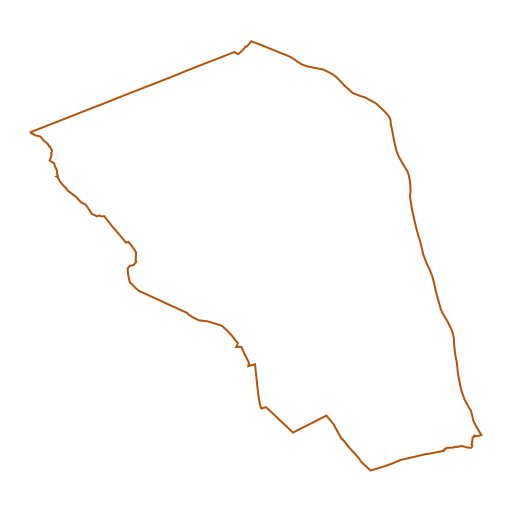 Dignājas pag., Jekabpils, Latvia
{"feature_id": "27541924B5216902390969", "entity_name": "Dignājas pag.", "entity_type": "district", "adm_level": 2, "iso_a3": "LVA", "parent_name": "Latvia", "parent_adm1": "Jekabpils", "projection": "equal_earth", "projection_center": [26.111, 56.337], "detail": "fine", "context": "isolated", "style": "outline", "palette": "amber", "viewbox_px": 512, "rotation_deg": 0, "n_neighbors": 0, "source": "geoboundaries", "source_scale": "gbopen_adm2", "svg_char_len": 5641}
<svg xmlns="http://www.w3.org/2000/svg" viewBox="0 0 512 512"><path d="M370.7,470.6L370.9,470.5L378.5,468.1L386.3,465.7L390.2,464.2L390.3,464.2L394.0,462.8L396.3,461.8L400.4,460.0L404.8,459.0L410.2,457.8L410.3,457.8L410.5,457.7L413.1,457.1L416.5,456.3L425.4,454.2L433.3,453.0L435.5,452.4L440.7,451.5L441.7,451.3L441.7,451.1L441.8,451.0L441.9,450.9L442.2,450.8L442.4,450.8L442.8,450.9L443.1,450.9L443.5,450.9L443.7,451.0L444.0,450.9L444.2,450.7L444.2,450.4L444.1,450.0L444.3,449.6L444.3,449.4L444.5,449.2L444.9,449.1L445.4,449.0L445.7,448.9L446.2,448.2L446.4,448.0L446.7,447.9L447.0,447.9L447.5,447.9L448.2,448.0L448.6,447.9L449.1,447.7L449.5,447.6L449.9,447.6L450.4,447.7L451.4,447.8L452.1,447.6L452.4,447.6L453.0,447.5L453.4,447.4L453.7,447.3L454.0,447.3L454.2,447.1L454.4,447.1L454.5,447.0L454.9,446.9L455.2,446.9L455.3,446.9L455.6,446.8L455.9,446.8L456.1,446.8L456.4,446.9L456.7,446.8L456.9,446.9L457.2,446.9L457.6,446.9L458.1,446.7L458.5,446.6L459.0,446.6L459.6,446.6L460.8,446.2L461.4,446.1L461.5,446.1L462.7,446.2L464.4,446.7L466.2,447.2L466.9,447.5L468.1,447.6L468.6,447.4L469.3,447.7L470.1,447.8L471.2,447.7L471.5,447.4L471.9,446.7L472.1,446.2L472.2,445.6L472.3,445.3L472.3,445.0L471.5,444.4L471.5,444.1L471.7,443.6L471.9,443.2L472.1,442.5L472.1,441.9L472.1,441.6L472.1,441.2L472.2,440.5L472.3,440.2L472.5,439.9L472.4,439.0L472.4,438.2L472.8,437.5L473.4,437.3L473.8,436.7L474.0,436.0L474.0,435.6L474.2,435.4L474.3,435.4L474.5,435.4L474.7,435.5L475.0,436.2L475.1,436.3L475.4,436.3L476.0,436.3L477.9,436.0L481.3,435.0L476.0,426.1L473.3,420.6L472.0,414.7L470.8,410.5L468.6,407.1L464.6,399.5L461.6,391.3L460.0,384.3L458.0,373.9L456.9,363.2L455.3,355.1L454.5,348.4L454.2,344.5L453.7,337.5L452.9,333.7L451.4,329.3L447.3,321.1L442.8,313.6L441.0,309.7L439.2,303.5L435.8,291.1L434.5,284.6L432.1,275.8L429.6,269.5L426.7,263.5L423.3,254.5L420.6,243.0L416.9,230.5L414.7,221.5L412.1,210.1L411.3,204.5L410.0,197.4L410.6,189.7L410.0,181.7L408.9,175.5L407.1,170.6L406.8,170.3L404.2,166.2L400.0,158.8L398.7,156.5L397.1,152.5L395.5,147.0L393.7,138.9L393.5,137.8L392.2,130.4L391.5,127.1L390.9,124.6L390.5,120.0L389.7,118.1L388.4,115.8L385.5,112.4L381.0,108.1L377.0,104.3L374.7,102.6L364.6,97.3L358.9,95.5L352.9,93.1L345.6,86.7L336.4,77.1L332.5,74.2L327.7,71.7L323.1,69.5L307.6,66.5L302.3,64.6L298.4,62.4L294.1,59.2L288.9,56.2L281.9,53.5L275.7,50.9L268.2,47.9L261.8,45.2L251.3,41.4L248.3,44.7L248.2,44.9L246.9,46.4L246.2,46.7L245.7,46.5L244.1,48.4L242.5,50.3L242.4,50.3L240.3,52.3L238.1,54.2L236.2,53.1L234.4,52.0L228.5,54.3L222.7,56.6L218.4,58.3L214.1,60.0L213.2,60.3L211.4,61.0L208.7,62.1L204.9,63.5L199.7,65.6L196.3,66.9L194.5,67.6L193.3,68.1L191.0,69.0L189.4,69.6L187.8,70.2L184.2,71.7L181.8,72.6L180.6,73.3L172.7,76.4L162.2,80.5L154.6,83.5L142.8,88.1L134.4,91.4L123.9,95.5L115.5,98.8L105.5,102.8L96.1,106.5L83.7,111.3L76.3,114.2L66.5,118.1L60.1,120.6L56.3,122.1L51.3,124.0L43.7,127.0L34.2,130.7L30.7,132.1L31.4,133.4L33.6,134.0L35.0,135.3L40.4,136.5L44.1,141.1L45.6,141.9L48.1,144.4L48.9,146.3L50.1,146.5L50.4,147.8L51.9,150.1L51.9,151.7L51.2,152.7L51.6,154.4L50.7,158.2L49.6,160.3L50.5,161.2L54.2,163.2L54.4,164.3L54.5,165.3L56.7,170.0L57.1,171.0L57.2,172.1L56.8,173.6L57.2,174.4L57.6,175.1L57.9,176.1L56.7,176.6L57.6,177.0L57.9,177.8L58.9,179.1L59.6,180.9L61.4,183.1L62.9,185.0L66.7,188.9L66.7,189.4L68.0,190.9L70.2,192.5L72.4,194.1L74.4,195.7L76.4,197.3L78.7,199.8L81.1,202.4L85.6,204.5L91.9,213.9L97.2,216.4L99.3,215.4L99.7,215.7L99.9,215.9L100.4,216.1L101.1,216.3L101.7,216.3L102.8,216.3L103.8,216.3L104.0,216.2L104.2,216.3L104.4,216.3L106.7,219.3L112.6,226.9L116.9,231.8L118.2,233.2L126.0,242.7L128.0,241.9L128.3,241.8L129.5,243.3L129.9,243.7L130.5,244.4L130.9,245.0L131.6,245.8L133.1,247.9L134.1,249.4L135.0,250.7L135.9,252.2L136.1,252.5L136.1,252.9L136.0,254.6L135.9,255.9L135.9,256.1L135.8,257.2L135.7,259.0L135.7,259.4L135.7,260.0L135.8,260.8L136.1,261.3L136.1,261.8L136.0,262.1L135.4,262.9L134.8,263.7L134.2,264.3L133.7,265.0L133.3,265.2L133.2,265.3L132.9,265.3L130.9,265.5L130.5,265.6L130.1,265.8L129.7,266.0L129.3,266.5L128.5,267.3L128.4,267.4L127.8,268.3L127.7,268.4L127.7,268.6L127.7,268.8L127.7,269.8L127.9,271.3L128.2,274.6L128.4,276.1L129.1,279.1L129.7,281.7L129.8,282.2L131.6,284.0L133.4,285.8L136.1,288.6L137.2,289.4L138.3,290.3L139.2,291.0L141.6,292.2L145.4,293.8L150.6,296.2L159.3,300.2L170.1,305.2L176.1,307.9L181.2,310.3L184.2,311.6L186.9,312.8L187.8,313.8L188.0,313.9L188.2,314.1L188.6,314.6L189.2,314.9L192.0,316.9L194.6,318.2L198.3,320.1L198.5,320.2L198.9,320.3L203.1,320.8L207.2,321.3L208.0,321.4L208.7,321.6L209.9,322.0L212.3,322.7L214.5,323.4L220.2,325.2L221.5,325.7L221.8,325.8L222.2,326.1L227.2,330.6L227.8,331.2L230.0,333.5L230.9,334.5L233.9,338.3L234.1,338.6L236.1,341.0L237.7,342.9L237.9,343.3L237.8,343.6L236.6,346.1L236.2,347.1L238.9,346.8L241.4,346.9L244.7,354.3L247.5,359.8L248.9,362.7L249.0,363.0L248.4,365.6L248.3,366.1L251.7,365.2L255.0,364.3L255.4,367.8L255.8,372.0L256.1,374.2L256.1,374.4L256.5,378.1L256.7,380.2L256.8,380.8L257.0,382.9L257.0,383.0L257.1,384.5L257.2,385.2L257.3,385.8L257.5,387.1L257.7,389.2L257.9,391.0L258.0,392.7L258.1,393.4L258.4,395.1L258.6,396.7L258.7,397.0L259.3,401.0L259.4,401.4L259.6,402.6L259.7,403.5L260.0,405.0L260.7,406.8L261.4,408.5L261.7,408.4L263.9,407.8L266.1,407.2L271.2,412.0L276.3,416.8L281.3,421.6L286.4,426.3L289.7,429.5L293.0,432.6L301.4,428.3L309.8,424.1L318.1,419.8L326.4,415.6L329.7,419.6L333.1,423.6L333.5,424.1L333.9,424.7L334.0,424.8L334.7,426.2L335.3,427.5L337.7,431.8L341.9,439.5L342.6,439.2L349.3,447.7L355.5,454.4L359.2,458.6L361.0,461.5L363.1,463.6L363.2,463.8L364.6,465.0L367.4,467.6L370.7,470.6Z" fill="none" stroke="#b45309" stroke-width="2"/></svg>